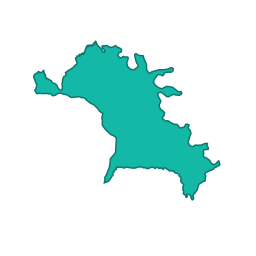 the district of Litsoetse, Thaba-Tseka, Lesotho, rotated 335°
{"feature_id": "5366337B64574994028715", "entity_name": "Litsoetse", "entity_type": "district", "adm_level": 2, "iso_a3": "LSO", "parent_name": "Lesotho", "parent_adm1": "Thaba-Tseka", "projection": "mercator", "projection_center": [28.676, -29.707], "detail": "fine", "context": "isolated", "style": "filled", "palette": "teal", "viewbox_px": 256, "rotation_deg": 335, "n_neighbors": 0, "source": "geoboundaries", "source_scale": "gbopen_adm2", "svg_char_len": 5833}
<svg xmlns="http://www.w3.org/2000/svg" viewBox="0 0 256 256"><g transform="rotate(335 128 128)"><path d="M83.3,167.7L87.3,168.1L89.9,167.1L92.6,165.2L94.4,164.5L95.0,162.9L95.7,162.2L96.7,162.1L97.2,160.7L98.0,160.9L98.7,160.5L100.2,160.4L100.4,160.0L100.2,159.6L100.4,159.2L101.7,158.7L102.5,159.7L103.2,159.7L106.2,161.1L106.7,162.0L107.9,162.8L108.3,162.9L109.1,162.5L111.0,163.2L112.1,164.3L113.1,164.7L115.5,166.6L117.3,166.9L117.6,167.4L120.9,167.6L122.0,168.4L122.9,168.3L123.8,168.9L125.2,170.7L127.0,171.2L127.3,172.0L128.3,173.1L129.0,172.9L129.5,173.3L130.5,173.5L131.7,173.3L133.6,173.6L134.7,174.9L135.2,175.9L135.8,176.1L136.8,175.7L137.2,175.8L138.3,176.4L138.9,177.6L140.5,178.1L141.1,178.0L141.4,178.3L141.6,179.2L142.8,180.5L143.7,179.4L144.7,179.7L145.7,180.9L145.9,181.9L146.4,182.2L147.5,184.5L147.8,184.7L148.7,184.5L150.4,186.1L151.0,186.2L151.5,187.0L151.3,188.0L152.2,189.0L153.6,190.0L154.2,191.1L154.3,192.3L154.1,193.1L155.0,194.2L154.6,195.2L154.8,196.7L154.5,197.5L153.7,197.6L153.3,198.7L153.5,200.3L154.6,202.6L153.5,204.1L152.4,205.1L152.5,206.1L152.3,206.6L151.5,207.0L151.7,208.3L151.4,209.7L150.4,210.8L150.7,211.8L151.2,212.4L151.8,213.9L151.8,214.5L151.3,215.0L151.3,215.3L151.7,215.6L152.7,215.2L152.8,214.2L153.2,213.3L155.2,214.0L155.6,214.4L156.0,216.2L155.6,218.4L155.7,219.7L155.9,220.3L157.6,219.9L158.1,217.2L159.3,215.8L160.4,215.4L161.2,215.4L162.0,214.7L164.3,213.4L165.6,212.3L167.1,210.0L168.7,208.9L174.1,208.3L175.0,208.6L175.4,208.5L176.2,207.5L176.9,205.6L177.2,205.2L177.9,205.0L178.3,204.4L178.1,203.5L178.2,202.4L178.9,201.4L180.2,201.5L181.2,201.2L187.7,201.5L190.1,200.4L191.6,200.7L195.3,200.4L195.9,199.7L195.9,198.8L196.5,196.5L196.0,196.1L192.5,197.5L191.1,197.6L189.5,196.9L188.5,195.0L188.4,192.4L188.0,191.2L185.9,187.6L184.6,186.7L184.3,185.7L185.2,183.8L186.0,183.0L186.3,181.0L187.4,180.1L188.0,179.8L191.3,181.2L192.0,181.0L192.3,179.9L192.2,177.1L192.5,176.5L193.3,176.0L193.1,175.2L190.8,174.5L186.8,174.5L185.9,173.8L184.5,173.5L182.4,172.2L180.9,171.9L179.6,172.3L178.7,172.1L176.9,170.7L176.5,170.1L176.6,168.2L176.2,167.7L176.2,166.8L178.0,164.5L180.8,161.3L182.7,159.6L183.4,156.5L182.7,155.4L182.7,152.9L183.1,152.3L184.1,151.9L184.5,151.1L184.4,150.7L183.2,149.4L182.3,149.2L181.5,149.2L180.5,150.3L179.5,150.9L175.3,150.1L175.0,149.9L174.7,147.7L173.9,145.4L172.6,144.8L170.6,143.3L169.4,141.8L167.4,138.5L166.4,137.9L165.8,138.2L164.8,137.5L163.9,135.4L163.1,134.7L163.5,133.2L166.4,131.5L166.7,130.6L167.7,129.5L166.7,126.8L165.7,125.7L165.3,123.1L166.0,120.3L168.8,118.0L169.1,117.0L168.8,111.0L170.0,109.2L170.6,108.8L172.9,109.5L173.7,110.3L176.4,115.9L178.0,116.8L182.5,116.6L183.6,116.9L185.5,118.4L188.5,120.1L190.3,120.0L191.2,119.5L191.6,118.7L191.6,117.7L191.1,117.3L189.5,116.8L188.7,116.0L185.7,110.0L182.4,107.6L180.1,106.5L176.0,106.8L174.8,106.4L172.6,104.2L170.7,100.3L170.5,98.2L170.7,97.1L171.2,96.2L172.2,95.2L177.2,92.4L178.2,92.5L179.3,93.0L180.2,93.7L181.0,95.1L182.4,95.1L184.7,93.5L185.7,93.5L188.9,94.7L190.2,95.6L191.0,95.7L192.8,95.2L193.8,94.2L193.9,92.9L192.7,91.5L189.5,91.5L187.9,91.2L184.6,90.1L180.6,88.3L172.8,87.1L172.1,87.3L171.4,87.9L170.8,87.8L170.0,86.2L169.5,83.1L171.7,77.9L171.8,71.0L172.4,69.3L172.1,68.7L170.3,68.0L168.3,66.4L167.3,65.2L166.7,63.9L165.6,64.1L164.7,64.9L163.5,70.9L163.4,73.1L163.8,75.1L163.1,76.4L161.3,77.2L160.4,77.2L158.7,77.7L157.4,77.4L155.9,76.5L154.8,75.2L153.6,72.1L154.3,68.7L157.8,64.7L157.9,64.0L157.3,63.2L155.8,62.7L154.1,61.2L153.0,61.2L152.0,61.6L151.1,61.4L150.0,60.5L149.8,59.4L149.4,58.5L149.6,57.6L151.3,56.3L152.0,56.0L153.6,56.3L154.4,55.9L155.1,54.5L154.9,52.9L153.1,50.8L151.7,48.8L151.5,48.0L149.0,48.3L146.8,47.8L144.9,46.4L144.0,44.6L143.3,44.1L140.5,43.4L139.9,42.7L138.9,43.1L138.6,43.9L138.9,45.6L139.6,47.2L139.6,48.7L138.8,49.3L137.9,49.0L137.2,47.1L137.3,45.5L135.6,41.0L135.2,38.8L135.6,36.7L135.1,35.7L134.2,36.4L133.6,36.4L133.8,36.7L133.6,37.3L133.2,37.3L133.0,38.0L132.7,38.1L132.1,37.5L132.0,38.1L131.4,38.3L130.4,37.6L130.3,38.4L129.8,38.3L129.7,38.2L129.9,37.9L129.5,37.8L129.3,37.3L128.3,37.2L128.0,36.6L127.4,37.2L127.3,36.6L126.5,37.0L126.2,36.4L125.9,36.9L125.4,37.0L125.4,36.4L125.1,36.4L124.3,37.1L124.4,37.7L123.6,37.9L123.4,38.4L122.7,38.6L122.3,39.5L121.7,39.8L121.6,40.5L120.6,40.7L120.2,41.3L119.9,41.1L119.4,41.3L119.3,41.6L118.3,41.0L118.0,41.5L118.2,42.1L117.5,41.8L117.3,41.5L117.5,41.2L117.2,41.0L115.2,42.2L114.9,42.1L115.5,41.1L115.2,40.9L114.6,41.3L114.4,42.1L113.8,41.3L113.1,41.8L112.5,41.9L112.1,41.4L111.5,42.2L110.4,42.3L110.3,42.9L109.9,43.0L110.2,43.6L109.4,44.5L109.6,45.3L109.5,46.8L109.1,48.0L108.7,48.3L105.5,49.2L103.7,50.1L96.5,50.9L95.9,51.4L94.8,51.4L94.6,51.6L94.5,53.2L94.2,53.6L93.3,54.2L91.3,54.4L89.4,56.3L88.2,58.3L86.7,60.4L85.9,63.1L84.3,65.3L83.7,65.6L83.3,65.6L82.6,64.9L81.7,63.1L81.5,62.4L81.6,59.8L81.4,58.5L80.4,56.7L78.7,55.4L78.5,54.8L78.5,52.8L77.5,51.4L76.7,50.7L76.4,49.7L75.9,49.1L75.0,49.0L75.1,47.4L74.5,46.8L75.3,45.7L75.1,45.2L75.6,44.5L75.4,44.2L75.1,44.2L75.7,41.0L75.3,40.8L75.7,40.3L75.3,40.3L73.5,41.1L72.1,40.9L70.7,39.0L70.2,39.1L70.0,39.8L69.6,40.1L68.3,39.6L65.9,40.0L64.8,40.9L64.0,42.1L63.5,50.6L61.1,53.5L59.6,54.3L59.5,54.6L59.7,57.8L60.1,58.4L61.0,58.9L62.1,58.9L65.7,61.0L67.7,61.9L68.9,62.1L70.5,63.7L71.7,63.6L72.2,64.0L73.2,66.7L73.8,67.1L76.2,67.6L78.8,67.0L82.1,68.1L82.8,69.2L87.3,72.7L88.2,74.7L89.7,76.5L97.6,79.2L98.5,80.7L100.9,82.0L101.8,83.4L101.8,84.1L102.6,85.9L104.1,89.0L107.0,92.8L107.9,95.3L108.5,96.5L109.4,100.9L111.2,104.1L111.0,104.9L109.5,106.4L108.6,107.8L107.8,110.8L106.2,113.9L106.1,116.0L106.8,119.2L108.9,124.9L109.9,127.0L112.1,129.4L113.0,131.0L112.8,133.0L106.5,144.7L104.6,146.0L100.5,147.7L98.6,149.0L97.1,152.1L94.3,156.0L88.7,161.2L86.2,162.9L84.6,166.3L83.6,167.1L83.3,167.7Z" fill="#14b8a6" stroke="#0f766e" stroke-width="1.5"/></g></svg>